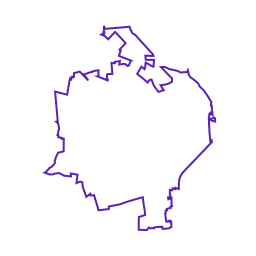 Kanasín, Yucatán, Mexico (Robinson projection), rotated 174°
{"feature_id": "50627088B17603753996885", "entity_name": "Kanasín", "entity_type": "district", "adm_level": 2, "iso_a3": "MEX", "parent_name": "Mexico", "parent_adm1": "Yucatán", "projection": "robinson", "projection_center": [-89.548, 20.915], "detail": "fine", "context": "isolated", "style": "outline", "palette": "violet", "viewbox_px": 256, "rotation_deg": 174, "n_neighbors": 0, "source": "geoboundaries", "source_scale": "gbopen_adm2", "svg_char_len": 5493}
<svg xmlns="http://www.w3.org/2000/svg" viewBox="0 0 256 256"><g transform="rotate(174 128 128)"><path d="M128.0,25.7L120.6,24.6L120.1,24.5L119.8,24.6L118.7,25.8L117.4,26.9L116.6,26.2L116.1,25.8L115.3,25.9L115.1,25.9L113.7,25.9L112.6,25.5L112.4,26.2L111.9,26.3L110.6,26.5L109.0,26.4L107.5,26.4L106.4,26.3L105.5,26.3L105.6,26.0L104.2,26.0L104.1,24.1L102.8,23.9L97.3,24.0L97.0,24.3L96.7,24.5L96.3,24.7L96.3,24.8L96.0,24.9L95.8,25.0L95.5,25.1L95.3,25.1L95.2,25.1L95.0,27.8L94.8,30.2L95.8,30.1L95.7,30.6L95.7,31.4L96.9,31.4L97.7,31.3L97.8,31.0L98.1,30.7L98.6,30.8L99.2,30.9L99.6,31.1L99.8,31.1L99.8,31.6L99.8,33.1L99.9,34.5L99.9,36.0L99.9,37.7L99.9,39.1L99.5,39.1L99.3,40.4L99.3,40.8L99.3,41.9L98.3,42.0L97.8,42.0L97.8,43.5L96.7,43.7L95.3,43.9L93.9,44.1L93.9,45.4L92.4,45.7L92.7,46.9L92.7,47.0L92.6,48.5L92.4,50.0L92.4,50.7L92.3,51.7L92.0,53.6L93.9,53.2L94.7,53.0L95.3,52.9L95.5,54.7L95.5,54.8L95.3,54.8L95.1,54.8L94.8,54.8L94.1,55.0L92.7,55.2L92.9,56.8L93.0,57.3L93.4,57.4L93.2,58.6L93.2,58.9L93.0,60.0L92.7,62.0L92.5,61.9L91.5,61.6L90.5,61.4L90.1,63.3L88.7,62.8L87.4,62.3L87.2,63.6L86.6,63.3L85.5,62.7L83.9,62.0L83.7,63.3L83.5,65.2L83.2,67.2L83.1,67.9L83.0,68.7L82.9,69.5L82.8,69.8L82.4,71.0L82.3,71.5L81.9,72.5L81.3,73.9L81.2,74.0L80.8,74.5L79.8,76.2L78.7,77.4L78.1,78.0L76.8,79.1L75.4,80.4L74.9,80.8L74.3,81.3L74.1,81.5L73.2,82.2L71.6,83.6L70.1,84.9L68.6,86.1L68.4,86.2L68.0,86.7L67.6,87.0L67.0,87.4L66.2,88.1L65.3,88.9L64.7,89.4L62.5,91.3L62.1,91.6L61.0,92.6L60.0,93.4L59.4,93.9L57.5,95.5L55.1,97.5L52.0,100.2L51.9,100.3L50.8,101.3L48.6,103.1L46.0,105.3L46.1,106.8L47.5,105.5L47.6,107.0L47.5,108.9L47.5,110.4L47.4,111.2L47.4,112.0L47.5,113.2L47.5,113.5L47.4,115.1L47.3,116.7L47.2,118.1L47.1,119.5L47.1,120.0L47.1,121.1L47.1,121.5L47.1,122.5L47.0,123.2L47.0,123.5L46.9,124.0L46.9,124.5L46.8,125.5L46.7,126.4L46.7,128.0L46.2,127.8L45.1,127.5L44.5,127.0L43.9,126.6L43.0,126.2L42.3,125.9L41.7,125.7L41.3,125.6L41.1,125.5L40.6,125.3L40.5,128.4L41.0,129.2L41.5,129.2L42.3,129.0L44.0,128.6L45.5,128.4L46.6,128.2L46.4,131.2L45.1,132.5L45.7,133.5L45.2,133.9L44.4,134.7L43.4,133.4L42.8,132.7L42.5,132.3L42.5,133.4L42.5,134.0L42.5,134.6L42.5,136.1L42.6,139.2L42.4,141.4L43.2,141.6L42.8,143.2L43.0,143.3L42.4,145.4L42.6,145.6L42.8,145.9L43.0,146.2L43.2,146.7L43.3,146.9L43.5,147.3L43.7,147.8L44.2,148.8L44.3,149.0L44.7,149.8L44.9,150.2L45.0,150.6L45.7,152.1L46.4,153.3L46.8,154.2L47.6,155.2L47.8,156.2L48.8,157.5L49.8,158.9L50.7,159.8L51.1,160.3L51.8,161.2L52.7,162.4L53.2,164.2L53.4,164.8L55.1,166.7L56.3,168.1L57.9,169.6L58.7,170.3L60.3,171.5L61.1,172.7L61.8,174.3L62.0,175.6L62.1,176.7L62.3,178.4L62.4,179.1L63.3,177.4L65.4,177.6L66.8,177.7L68.1,177.5L70.4,177.9L72.3,179.5L80.6,182.2L85.0,184.8L86.9,185.0L88.8,185.2L84.7,179.9L84.7,179.7L79.0,172.7L79.5,169.3L84.1,167.5L91.2,167.1L88.5,161.9L93.9,160.7L95.5,163.2L96.1,164.4L97.0,166.0L98.0,167.9L99.2,172.4L99.6,173.7L101.6,173.5L103.7,171.2L107.0,174.7L113.2,180.9L108.8,186.8L108.2,187.6L105.4,184.8L104.4,186.8L104.1,189.2L103.9,190.2L103.5,191.2L96.9,186.4L96.1,186.4L96.1,187.4L95.0,193.0L103.2,194.0L103.2,196.6L103.2,198.1L95.2,197.0L95.4,198.4L111.2,220.0L113.4,221.5L114.1,222.3L114.4,224.0L115.0,224.9L115.5,227.1L115.8,228.5L140.6,229.0L140.9,231.1L141.3,232.1L141.9,226.5L141.5,226.2L141.5,225.4L142.4,225.5L142.2,224.1L143.3,224.1L144.6,223.8L144.8,223.7L143.9,223.3L142.2,222.4L141.8,222.2L139.4,219.4L138.3,218.3L138.0,218.8L130.8,224.9L129.7,223.5L129.1,222.7L128.8,222.4L127.9,221.2L127.3,220.4L126.7,219.6L123.1,214.8L121.5,212.6L122.8,211.4L124.4,210.0L126.2,208.5L128.2,206.8L127.2,205.9L129.5,200.7L123.7,197.7L117.7,194.6L117.9,194.5L118.8,193.4L120.5,190.4L120.7,190.0L121.0,190.0L121.6,189.8L121.6,190.0L123.3,190.9L123.4,191.3L124.5,192.0L125.4,192.2L125.7,192.2L126.8,192.2L128.2,192.1L128.9,192.1L130.1,192.0L129.0,195.4L133.6,195.2L134.2,195.3L134.4,193.8L135.2,193.9L137.6,194.5L137.9,183.4L143.0,183.7L144.1,179.0L143.0,178.6L143.3,177.4L152.8,182.5L152.7,182.5L151.8,183.6L151.3,188.5L152.6,188.5L155.8,188.3L157.3,188.0L157.3,187.7L157.9,187.5L160.2,187.3L166.3,185.8L166.5,185.9L162.5,179.4L167.9,186.3L168.6,187.2L170.1,189.1L170.5,189.1L171.0,189.0L171.4,189.0L171.5,188.9L171.9,188.9L172.1,188.8L172.4,188.8L172.6,188.8L172.7,188.7L173.0,188.7L173.3,188.6L173.8,188.5L174.3,188.4L174.8,188.4L175.5,188.3L176.0,188.2L176.3,185.6L176.7,185.2L176.3,184.7L176.9,184.2L177.4,184.8L178.8,184.8L179.1,182.9L179.4,182.2L180.6,183.1L185.1,167.5L196.7,171.8L197.2,141.9L198.8,141.8L197.0,139.8L196.6,135.0L196.7,134.0L197.1,133.6L198.3,129.3L198.4,129.1L198.6,128.8L198.9,128.4L198.0,127.9L198.3,126.2L196.3,125.7L196.3,125.4L194.7,125.0L194.9,124.2L193.0,124.0L193.7,117.8L194.0,115.1L194.3,113.0L194.4,111.5L200.1,110.7L202.7,106.5L204.2,103.0L204.5,100.6L208.0,97.3L209.0,96.9L210.2,96.5L211.3,95.4L214.1,92.9L215.5,92.3L210.8,90.0L207.6,89.7L206.6,90.2L201.2,90.4L200.2,89.7L196.4,87.2L189.7,85.8L189.7,88.7L187.5,88.2L183.1,86.8L184.0,82.7L185.0,78.6L181.0,79.7L179.2,78.7L179.3,78.6L179.0,73.5L178.2,70.1L177.7,68.2L176.7,63.9L175.3,64.7L172.4,66.5L172.4,64.9L169.4,64.6L169.0,64.6L168.8,64.7L168.3,62.4L168.2,61.7L168.1,61.2L168.1,60.9L168.1,60.5L168.0,60.3L167.9,60.0L167.6,58.6L167.4,57.4L167.2,56.4L166.8,54.2L166.7,53.7L166.6,53.2L166.4,52.3L166.2,50.7L165.9,49.3L155.5,49.4L155.3,51.9L143.7,53.0L137.3,54.6L135.6,54.9L128.4,56.3L120.5,57.6L120.5,56.0L120.5,55.1L120.5,53.6L120.4,49.8L120.2,47.3L120.1,47.0L120.0,41.8L120.0,39.7L126.5,38.3L128.0,25.7Z" fill="none" stroke="#5b21b6" stroke-width="2"/></g></svg>